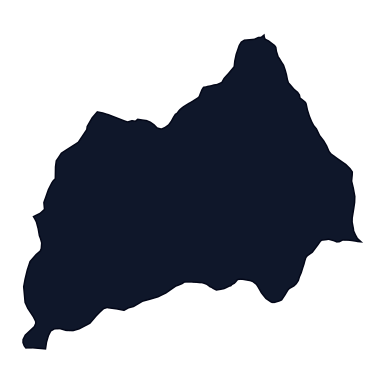 Mongar, Mongar, Bhutan (Natural Earth projection)
{"feature_id": "84629894B50826464910493", "entity_name": "Mongar", "entity_type": "district", "adm_level": 2, "iso_a3": "BTN", "parent_name": "Bhutan", "parent_adm1": "Mongar", "projection": "natural_earth1", "projection_center": [91.256, 27.269], "detail": "fine", "context": "isolated", "style": "filled", "palette": "ink", "viewbox_px": 384, "rotation_deg": 0, "n_neighbors": 0, "source": "geoboundaries", "source_scale": "gbopen_adm2", "svg_char_len": 3277}
<svg xmlns="http://www.w3.org/2000/svg" viewBox="0 0 384 384"><path d="M352.3,172.0L350.1,168.8L345.9,164.6L341.2,161.3L336.9,158.3L331.0,154.0L329.0,151.5L328.6,150.6L326.6,145.9L323.7,140.9L319.6,135.6L316.4,128.9L313.6,125.5L311.8,122.1L311.3,121.0L309.3,116.1L307.4,110.0L306.1,103.9L305.4,102.4L301.8,99.4L300.0,98.1L299.4,95.0L297.6,92.3L296.0,91.0L293.8,89.1L290.0,84.6L288.4,82.9L287.4,79.7L286.4,74.6L285.2,70.2L283.5,65.2L281.6,62.3L279.0,58.0L278.2,57.1L276.4,51.4L275.8,47.3L274.6,45.6L268.5,40.9L265.2,39.3L264.3,37.4L264.0,35.1L261.2,37.4L258.4,37.5L254.4,39.3L249.2,39.8L244.4,40.2L241.3,42.1L239.3,45.4L236.2,54.4L234.8,61.0L234.2,66.7L230.3,71.4L228.4,73.7L224.9,77.5L224.0,78.6L223.0,80.4L221.9,82.4L220.0,83.3L217.0,84.6L213.9,85.0L211.6,85.7L210.3,86.0L209.1,86.2L207.8,86.4L206.0,87.0L203.6,87.3L203.0,88.1L201.9,89.9L200.9,92.4L200.2,94.1L199.5,96.0L198.9,97.1L197.8,98.0L191.3,102.1L189.9,102.9L188.9,103.4L183.6,106.7L181.9,108.0L180.0,109.6L179.1,110.6L177.0,113.4L175.4,114.3L173.5,117.3L171.4,121.2L168.7,124.9L165.2,127.4L162.8,128.5L161.3,129.1L157.1,128.0L154.0,124.8L150.3,122.2L146.5,120.6L142.0,120.0L137.7,119.3L135.4,121.3L132.0,120.7L127.6,122.0L124.3,120.9L119.2,118.9L111.7,116.0L108.4,114.7L106.5,114.2L102.8,113.0L97.3,111.9L92.2,117.8L89.2,123.0L87.2,126.5L86.8,129.6L83.0,135.3L78.3,142.3L74.3,144.9L69.6,147.9L66.6,149.8L61.4,153.2L58.1,158.2L56.3,160.8L55.5,166.8L55.4,172.9L55.3,178.8L53.4,180.6L51.9,182.8L48.9,188.7L48.4,189.7L45.5,198.0L44.4,201.0L43.9,202.5L44.0,204.0L44.5,209.4L40.2,213.3L33.5,216.6L34.7,218.6L36.4,221.9L38.2,228.7L39.4,235.7L40.5,238.5L41.7,242.9L41.5,245.6L41.3,248.5L40.3,251.0L36.2,254.5L30.1,261.5L27.3,270.0L25.1,279.1L23.7,286.7L25.1,302.4L27.8,308.3L33.4,316.8L35.6,321.2L35.8,323.3L34.4,326.6L25.3,335.1L23.1,339.5L23.0,342.5L24.2,345.7L25.8,347.9L33.0,347.8L45.5,348.9L46.5,342.1L48.4,335.6L50.7,331.0L54.5,328.8L60.0,328.6L66.1,330.4L73.1,330.6L79.2,328.8L89.9,323.2L96.2,315.8L99.6,312.3L103.6,308.6L107.1,307.5L108.6,307.8L116.9,308.9L124.0,310.3L128.5,307.8L133.5,306.5L142.5,301.2L149.9,299.2L158.0,296.8L161.2,295.2L165.8,293.0L175.7,286.1L178.4,285.1L181.1,284.0L182.2,283.5L184.4,282.0L187.1,281.9L189.2,281.9L191.5,281.9L193.5,282.1L196.4,282.2L200.1,282.6L201.9,282.6L204.0,283.2L206.9,284.3L208.9,285.8L210.0,286.7L211.6,287.3L213.2,288.4L216.4,290.0L218.0,289.7L220.5,289.3L221.5,289.1L224.0,288.6L226.0,287.7L227.6,286.9L229.7,285.9L230.7,285.8L232.0,284.4L234.2,283.3L235.6,281.9L237.3,279.8L238.1,279.4L240.2,279.2L242.9,279.3L250.3,280.6L252.8,281.5L256.4,284.3L257.8,286.4L259.7,289.7L261.3,292.6L263.4,295.3L266.0,298.5L271.0,301.9L272.2,302.4L274.4,302.4L279.4,300.9L281.6,299.9L283.2,297.5L285.0,294.8L287.8,290.1L289.3,288.5L293.9,285.9L296.2,283.7L298.3,280.5L299.4,276.8L301.2,272.7L302.7,267.8L303.9,264.2L304.7,261.1L305.8,257.6L307.3,255.7L312.3,252.2L315.2,248.3L317.7,245.0L320.5,241.0L321.9,240.1L326.4,239.6L328.6,239.2L334.0,240.7L336.8,241.9L339.3,241.7L342.6,240.0L348.5,240.1L351.9,240.5L356.4,241.2L357.6,241.5L361.0,241.8L357.3,238.4L355.3,234.7L353.6,230.9L353.4,228.9L352.1,222.0L352.2,217.9L352.8,214.2L353.8,208.0L354.6,202.4L354.7,199.6L354.8,196.5L353.3,188.2L351.6,181.1L352.2,174.8L352.3,172.0Z" fill="#0f172a" stroke="#020617" stroke-width="1.5"/></svg>